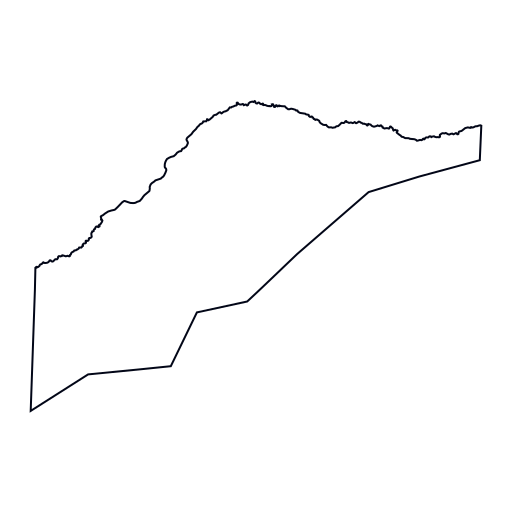 the district of El Cuy, Río Negro, Argentina
{"feature_id": "61730980B90515114322880", "entity_name": "El Cuy", "entity_type": "district", "adm_level": 2, "iso_a3": "ARG", "parent_name": "Argentina", "parent_adm1": "Río Negro", "projection": "albers", "projection_center": [-68.134, -39.816], "detail": "fine", "context": "isolated", "style": "outline", "palette": "ink", "viewbox_px": 512, "rotation_deg": 0, "n_neighbors": 0, "source": "geoboundaries", "source_scale": "gbopen_adm2", "svg_char_len": 6018}
<svg xmlns="http://www.w3.org/2000/svg" viewBox="0 0 512 512"><path d="M35.4,267.9L34.9,290.0L30.7,410.9L88.1,374.4L141.4,369.2L170.8,366.2L196.9,312.4L247.2,301.5L261.7,287.9L297.2,254.0L368.6,192.1L419.4,176.5L479.8,160.2L481.3,125.7L480.4,125.3L479.1,125.5L476.9,126.3L476.2,126.2L475.2,126.4L473.5,127.3L472.5,127.5L472.2,127.5L471.6,127.2L471.1,127.1L470.9,127.2L470.9,127.7L470.3,127.9L467.8,127.4L465.2,128.1L461.9,130.7L461.4,131.0L459.7,131.4L459.0,131.7L458.6,132.5L458.4,133.9L457.8,134.3L457.2,134.2L456.3,133.2L455.9,133.1L453.5,134.3L453.2,134.2L452.2,133.6L450.6,133.9L449.5,134.5L449.1,134.5L448.4,134.4L445.8,133.0L444.5,133.4L442.6,133.2L441.5,133.6L440.8,134.2L439.9,134.8L439.8,135.4L439.9,135.7L440.0,136.5L439.8,137.0L439.5,137.2L438.8,137.3L438.1,137.1L436.3,137.2L435.0,136.9L434.3,136.4L433.9,136.3L432.0,136.7L431.3,137.1L430.7,136.4L429.8,136.3L429.2,136.5L428.6,137.1L428.1,137.5L426.8,137.4L426.0,137.5L425.5,137.8L424.6,139.1L424.3,139.3L424.0,139.3L423.6,138.7L423.3,138.7L422.8,139.0L422.1,139.9L421.4,140.2L420.1,139.9L417.5,140.7L416.8,140.7L416.2,140.0L414.7,139.3L412.6,139.0L412.2,139.1L410.7,138.8L410.1,138.9L408.7,138.2L405.3,138.1L404.5,137.8L403.5,137.1L401.6,136.7L400.5,135.4L399.8,135.1L396.9,132.8L396.7,132.4L397.6,130.8L397.3,130.4L396.0,130.3L395.1,129.8L393.5,130.5L393.2,130.1L392.7,128.3L391.7,127.5L391.0,126.7L390.5,126.5L390.0,126.7L389.5,128.0L388.9,128.6L388.1,128.3L386.7,128.1L384.4,128.5L382.9,127.7L382.7,127.6L382.7,127.1L382.5,126.6L381.5,126.3L381.3,125.6L381.1,125.4L380.4,125.4L379.3,126.1L377.5,125.4L377.1,125.8L375.6,126.3L374.0,126.7L372.4,126.2L371.6,125.7L370.6,124.6L369.0,124.2L368.5,123.9L367.9,124.2L367.8,125.2L367.3,125.5L367.0,125.4L366.2,124.3L365.2,124.1L364.0,123.6L363.1,123.8L362.8,123.7L361.6,122.8L360.9,122.7L359.7,121.8L359.2,121.7L358.5,121.7L357.7,122.5L356.2,123.2L355.8,123.1L355.5,122.7L354.7,122.1L353.3,122.9L352.6,123.1L351.4,122.6L350.8,122.5L349.0,122.9L347.9,122.3L347.0,122.1L346.7,122.0L346.3,121.1L345.9,121.1L345.5,121.2L344.4,122.7L343.6,123.0L341.5,122.8L339.7,124.7L338.1,126.1L336.4,126.3L335.0,127.4L333.8,127.5L332.7,127.8L331.1,127.3L328.9,127.4L327.5,126.5L326.1,124.9L324.8,125.0L323.2,124.8L320.5,123.1L319.6,122.0L319.2,120.8L317.2,119.6L316.5,119.5L315.8,119.8L315.3,119.9L314.7,119.1L313.7,118.9L313.1,117.6L312.4,117.5L312.1,116.8L311.8,116.5L311.3,116.5L310.3,116.9L309.8,116.8L308.9,116.0L308.7,115.0L308.5,114.8L306.1,114.4L305.2,113.7L300.0,112.9L298.2,111.9L297.4,110.5L296.8,110.4L296.2,110.6L295.4,109.8L292.8,109.0L291.1,108.7L289.1,109.3L288.1,109.2L286.1,107.7L284.8,106.3L281.9,106.2L280.2,105.9L279.4,105.6L279.3,106.0L278.7,105.8L277.7,106.4L277.2,106.2L276.8,105.4L276.2,105.2L275.7,105.6L275.2,106.8L274.4,107.0L274.1,106.9L274.0,106.5L273.8,106.1L273.9,105.8L273.5,105.1L272.9,104.2L272.6,104.2L272.2,104.3L272.5,104.7L272.3,105.3L271.5,105.6L271.2,106.1L270.0,106.3L269.4,106.0L268.3,106.1L266.5,105.6L265.7,105.1L264.7,105.0L263.4,105.1L262.9,104.8L263.1,103.9L262.8,103.6L261.4,104.1L260.9,104.1L259.9,103.6L259.4,102.8L258.7,102.5L258.4,102.5L257.1,103.5L256.3,103.4L255.5,102.7L255.2,101.4L254.6,101.1L253.4,102.0L252.4,101.6L251.0,101.9L249.9,102.3L248.6,103.4L248.1,104.9L247.1,105.5L246.2,104.7L245.8,104.5L243.8,105.2L243.5,104.8L243.4,104.3L242.8,104.0L240.9,104.6L239.6,104.4L238.6,104.0L237.7,102.7L237.1,102.6L236.7,103.0L236.9,104.4L236.8,105.0L236.2,105.5L234.9,105.7L233.3,106.5L231.8,106.9L231.1,107.5L229.8,107.4L227.7,110.2L226.8,110.7L226.5,110.7L225.7,111.3L224.5,111.5L223.3,112.0L221.9,113.2L221.4,113.4L220.2,112.3L219.3,112.4L218.0,113.3L216.3,114.7L215.3,114.8L213.6,115.5L212.7,116.9L209.7,119.5L208.5,120.2L207.7,119.4L207.1,119.2L207.0,119.3L206.8,120.6L206.2,121.3L205.7,121.2L204.8,121.4L203.3,121.4L203.0,121.9L202.9,122.4L202.2,123.2L201.4,123.7L200.5,123.9L199.5,124.8L199.2,125.4L197.3,127.1L196.0,129.0L193.2,131.7L191.4,134.2L187.4,137.6L186.8,138.5L186.5,139.5L186.6,139.9L186.8,140.5L187.5,141.5L187.9,142.8L187.8,143.4L186.8,145.7L186.1,146.6L185.7,147.1L185.1,147.3L183.9,148.4L182.8,148.6L182.2,149.0L181.9,149.5L181.6,150.4L181.1,151.1L179.3,151.4L177.1,152.7L175.6,154.6L173.7,156.2L171.0,156.9L169.0,157.8L167.0,159.0L166.0,160.6L165.3,162.2L164.8,164.1L164.7,166.4L164.9,167.5L165.9,168.5L166.2,169.2L166.3,170.3L165.5,172.5L164.1,175.4L163.2,176.6L161.7,177.7L160.8,178.6L155.4,180.4L154.4,181.4L151.8,183.2L150.6,184.5L149.7,186.9L149.8,188.6L149.5,190.7L149.3,191.1L144.4,195.2L143.0,196.9L141.8,198.7L139.7,201.0L137.0,201.9L135.6,202.7L134.4,203.0L133.1,203.1L130.3,202.9L124.7,201.0L124.0,201.1L122.3,202.2L117.6,207.1L115.1,209.5L114.2,209.9L111.4,210.5L108.2,211.5L104.9,213.6L103.1,215.1L101.2,216.1L100.8,216.5L100.9,217.4L101.3,218.4L101.0,219.2L101.1,219.7L102.0,219.9L102.4,220.6L101.9,222.0L100.5,224.1L100.0,224.5L99.3,224.7L99.0,225.1L99.5,225.9L99.5,226.4L98.3,227.1L97.8,226.9L97.6,226.5L97.2,226.7L96.7,226.5L96.2,226.6L95.4,227.5L95.0,228.9L94.1,229.3L94.0,229.5L93.7,230.2L93.7,230.6L93.6,231.1L92.2,231.5L92.2,232.1L91.6,232.7L91.3,233.8L91.4,234.7L91.7,236.6L91.5,237.1L90.6,237.9L89.4,238.0L88.9,238.4L88.8,238.8L88.9,239.0L88.9,239.5L88.5,240.3L88.1,240.7L87.6,240.9L86.7,240.7L85.8,240.8L85.6,241.2L86.0,242.3L85.9,242.9L85.4,243.3L83.8,243.5L83.2,244.0L82.7,244.8L83.0,245.7L82.9,246.0L82.2,246.2L81.8,247.1L81.2,247.6L80.1,247.4L79.8,247.6L79.1,247.6L78.7,248.5L77.4,249.5L76.8,249.5L75.9,250.3L74.3,250.5L73.5,251.6L72.5,251.9L71.5,252.8L71.1,253.3L70.8,254.5L69.9,255.1L69.8,256.1L69.4,256.3L69.0,256.3L67.6,255.8L65.8,256.3L62.6,255.3L62.1,255.4L61.8,256.1L60.7,256.2L60.5,256.4L59.0,256.1L58.5,256.4L58.1,256.9L58.0,257.9L57.2,259.2L56.8,259.3L55.6,259.2L55.2,259.3L53.6,260.9L52.8,261.5L52.0,261.5L51.3,261.2L50.8,260.5L50.4,260.3L49.7,260.4L49.0,261.4L48.3,262.2L47.0,262.8L45.2,263.0L43.9,262.9L43.6,262.4L43.4,262.3L43.1,262.4L41.6,264.1L40.4,264.4L39.8,265.0L39.4,266.0L38.1,267.0L37.7,267.1L36.8,266.8L36.2,267.0L35.8,267.4L36.0,267.8L35.4,267.9Z" fill="none" stroke="#020617" stroke-width="2"/></svg>